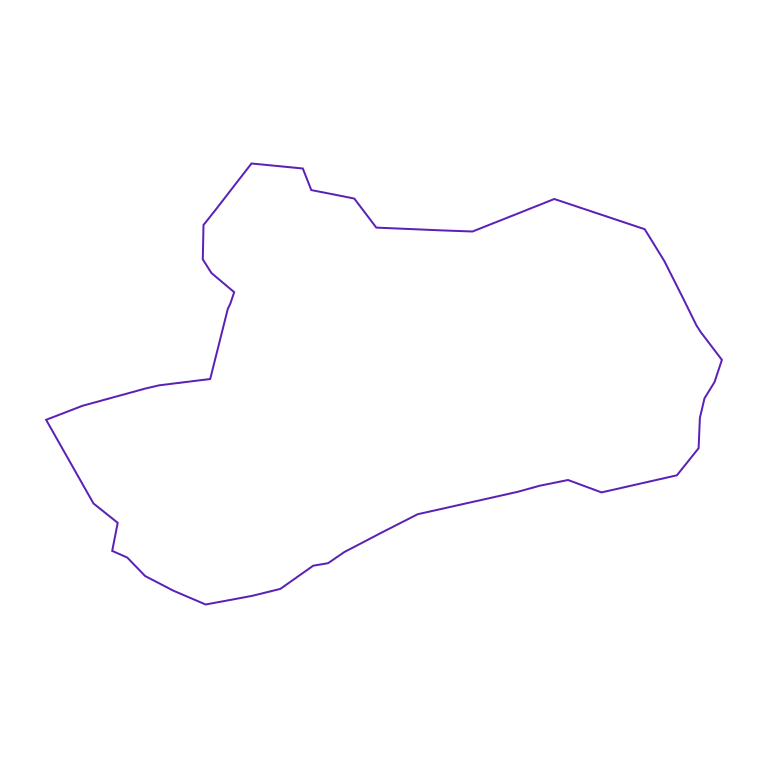 O'lziit, Dundgovi, Mongolia
{"feature_id": "93677404B68241634882173", "entity_name": "O'lziit", "entity_type": "district", "adm_level": 2, "iso_a3": "MNG", "parent_name": "Mongolia", "parent_adm1": "Dundgovi", "projection": "robinson", "projection_center": [106.642, 44.794], "detail": "fine", "context": "isolated", "style": "outline", "palette": "violet", "viewbox_px": 768, "rotation_deg": 0, "n_neighbors": 0, "source": "geoboundaries", "source_scale": "gbopen_adm2", "svg_char_len": 796}
<svg xmlns="http://www.w3.org/2000/svg" viewBox="0 0 768 768"><path d="M280.3,588.9L313.2,565.7L328.0,563.2L344.4,552.0L363.8,541.9L380.4,533.2L417.7,514.2L517.7,491.8L539.8,485.7L568.0,480.0L601.5,492.4L676.9,475.3L698.6,448.2L699.9,417.8L704.5,398.3L714.5,382.1L721.9,359.9L700.8,332.2L696.5,325.5L685.5,303.2L683.4,298.9L664.3,261.0L644.7,229.2L557.2,200.0L554.3,199.0L472.5,231.5L441.9,230.4L376.3,227.6L354.3,198.6L348.6,197.4L311.3,190.1L302.8,168.5L251.5,163.5L235.4,184.2L216.7,208.4L204.7,223.5L203.5,224.9L202.8,259.4L211.5,273.1L234.2,292.2L230.3,303.7L227.8,308.9L210.2,379.0L159.3,385.3L145.1,388.6L82.4,405.8L46.1,419.8L93.5,503.5L117.7,522.8L112.2,550.9L127.3,557.6L145.2,576.1L173.4,590.7L205.6,604.5L252.3,595.8L280.3,588.9Z" fill="none" stroke="#5b21b6" stroke-width="2"/></svg>